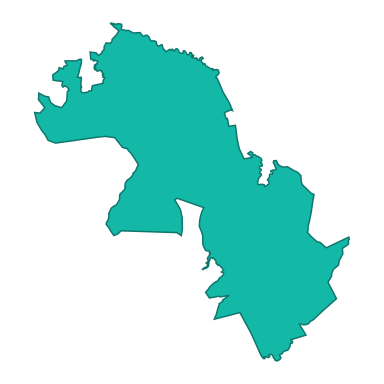 Auru pag., Dobele, Latvia
{"feature_id": "27541924B19502695969152", "entity_name": "Auru pag.", "entity_type": "district", "adm_level": 2, "iso_a3": "LVA", "parent_name": "Latvia", "parent_adm1": "Dobele", "projection": "albers", "projection_center": [23.233, 56.585], "detail": "fine", "context": "isolated", "style": "filled", "palette": "teal", "viewbox_px": 384, "rotation_deg": 0, "n_neighbors": 0, "source": "geoboundaries", "source_scale": "gbopen_adm2", "svg_char_len": 5820}
<svg xmlns="http://www.w3.org/2000/svg" viewBox="0 0 384 384"><path d="M263.3,358.5L264.8,358.6L264.9,358.0L263.8,357.2L263.8,356.8L265.3,356.6L267.7,357.5L268.6,357.4L269.8,356.4L268.8,355.4L268.8,354.8L271.2,354.3L272.5,355.2L273.7,358.1L274.6,358.9L274.9,360.0L275.4,360.4L277.2,361.0L279.8,359.5L280.9,357.9L280.6,356.8L279.5,355.8L279.5,354.9L282.2,353.6L283.2,352.0L284.5,351.1L288.0,350.0L290.0,346.5L290.2,345.8L290.1,343.6L292.4,343.0L292.5,341.3L291.3,340.9L290.9,339.7L306.0,335.1L299.4,324.2L300.8,323.7L302.7,324.7L305.5,324.7L308.5,323.7L310.5,321.2L313.1,319.9L323.1,310.5L336.5,298.7L328.0,282.2L331.5,276.3L331.7,273.2L333.4,269.4L338.5,265.1L339.2,260.8L342.8,253.8L342.4,248.4L348.1,244.5L348.6,243.6L348.4,240.2L349.3,239.3L348.8,237.1L326.2,247.8L320.2,242.5L316.6,241.4L310.6,236.0L307.2,232.0L308.1,230.5L308.0,226.7L309.1,222.5L311.2,212.4L312.9,200.6L314.0,194.6L311.0,193.1L302.7,185.1L301.8,183.5L301.4,182.0L301.0,178.8L301.0,175.8L297.8,172.4L293.4,170.3L287.4,166.7L284.3,167.1L281.6,166.7L278.4,164.8L276.2,160.5L273.7,160.8L273.3,162.5L274.2,164.1L276.2,169.1L275.2,170.0L273.3,169.9L270.8,170.9L270.8,171.7L272.4,172.1L273.0,173.2L272.0,174.4L270.8,173.9L269.7,174.4L269.5,174.8L269.6,176.7L267.4,180.0L269.0,181.3L269.0,183.9L264.9,186.7L264.3,186.3L264.3,184.9L263.7,184.5L260.7,184.3L258.2,184.8L257.6,183.0L258.2,179.7L258.9,178.1L261.4,175.0L261.3,174.0L259.4,173.1L259.5,172.5L260.8,171.0L261.3,169.4L259.7,168.6L259.4,168.0L259.8,166.4L261.8,166.1L262.4,165.3L261.8,163.4L260.5,162.4L261.8,160.8L261.7,159.8L261.1,158.4L258.2,156.6L254.8,155.1L254.7,154.6L253.1,154.9L252.7,154.2L252.7,152.7L250.5,151.5L247.8,153.5L251.8,156.6L252.1,157.4L244.1,158.9L240.1,150.6L239.0,147.6L237.2,139.2L235.4,125.3L228.8,126.3L227.6,119.5L227.2,118.4L226.3,118.8L226.0,118.4L224.4,112.6L230.8,110.0L232.5,110.6L229.4,103.0L223.1,92.1L217.3,78.6L215.7,76.8L218.2,74.4L219.1,72.9L218.3,70.2L217.6,69.6L215.4,69.6L212.9,70.4L212.7,70.0L213.1,69.4L213.0,68.8L210.0,68.5L207.5,66.6L205.8,66.0L204.7,63.6L203.2,64.3L202.8,62.9L201.7,62.2L201.2,61.1L201.8,59.2L203.2,58.4L201.9,57.0L199.5,58.4L199.6,59.8L199.4,60.1L197.8,60.2L196.9,59.3L197.2,58.7L196.8,58.2L195.8,57.9L194.9,58.4L192.5,57.8L191.6,57.1L191.3,56.6L191.5,56.0L193.1,56.5L193.7,56.0L193.7,55.5L191.5,54.2L191.6,53.1L191.3,52.7L189.8,52.5L189.0,54.6L188.1,54.9L187.2,54.4L185.1,51.3L184.1,50.6L183.2,51.1L183.0,53.2L180.8,53.3L179.4,52.5L177.8,49.2L176.4,48.7L175.3,49.4L174.6,50.9L173.8,50.9L172.3,49.1L171.2,50.2L169.7,49.3L166.0,51.7L163.0,48.3L162.2,44.9L160.8,44.9L158.8,46.3L158.3,46.1L157.4,45.3L156.4,43.7L156.3,41.8L154.1,40.8L151.2,40.9L149.9,39.5L149.3,37.4L147.2,35.3L145.9,35.1L143.6,36.4L142.5,35.6L140.1,32.6L133.2,33.0L128.5,30.4L125.4,30.5L123.7,29.7L122.3,30.1L121.5,29.6L121.1,28.9L121.9,26.4L121.3,25.7L121.7,24.7L121.6,24.3L118.1,23.6L116.3,24.4L115.4,24.4L115.0,23.8L113.8,24.3L113.0,23.4L112.4,23.8L111.1,23.0L110.6,23.7L111.9,24.6L114.0,26.9L118.9,30.6L116.7,34.5L112.1,39.4L112.2,40.5L110.7,43.2L106.0,42.9L105.0,45.2L104.2,46.3L104.1,49.5L102.0,51.9L101.5,53.4L98.3,55.5L96.3,53.0L90.1,52.0L90.7,58.6L91.0,59.5L92.1,59.2L93.6,59.9L93.7,60.3L93.3,60.6L93.5,61.0L94.1,60.9L94.5,60.2L96.3,60.9L97.1,60.6L97.5,61.1L97.7,62.4L96.9,63.2L96.8,64.1L96.4,63.9L95.0,64.7L95.1,65.0L95.6,64.9L95.4,65.2L95.6,65.5L95.4,66.0L94.6,65.9L95.0,66.6L94.4,67.2L95.0,67.5L94.3,67.8L94.6,68.1L94.5,68.6L95.4,68.8L95.0,69.4L95.5,69.4L95.5,70.0L96.5,70.0L96.9,71.0L98.2,71.1L99.2,70.3L101.2,70.3L101.3,71.4L101.8,71.3L101.7,71.8L103.2,73.4L102.6,74.1L103.3,74.6L102.6,75.3L103.6,76.2L102.9,77.2L104.4,77.4L104.7,78.4L104.0,79.0L104.0,79.6L103.4,79.8L103.1,80.5L103.4,81.5L102.7,82.6L103.0,83.0L102.5,83.5L92.5,85.6L91.9,87.7L91.7,90.6L88.7,91.1L88.2,92.0L83.2,92.9L81.2,92.0L80.6,87.9L81.5,87.7L80.8,83.9L81.4,79.4L81.2,77.3L80.2,77.3L79.7,77.8L78.3,77.0L77.4,77.1L79.0,72.7L79.8,68.7L81.4,63.0L81.5,59.5L80.6,59.1L78.4,59.7L76.7,60.9L65.1,60.9L65.2,62.0L66.7,63.8L67.0,65.3L63.9,66.4L63.3,68.9L59.2,67.6L58.2,71.0L52.8,74.9L53.1,80.2L62.8,81.6L61.8,85.5L62.9,87.1L65.1,85.8L67.2,87.2L69.2,89.7L67.4,91.5L66.7,100.8L61.7,107.7L55.0,105.7L50.6,102.5L48.6,96.9L45.1,96.3L38.8,93.1L38.5,99.7L44.8,107.6L40.0,113.1L34.7,112.5L37.0,122.4L41.3,129.8L45.2,135.0L48.2,140.4L55.6,143.1L99.8,136.9L105.4,136.4L114.8,137.7L122.4,147.3L125.0,148.3L127.2,148.4L128.2,150.4L131.0,153.3L133.5,156.8L138.3,164.5L135.5,170.9L134.7,171.9L132.9,173.4L133.4,174.2L130.4,177.9L126.9,180.5L125.5,183.0L125.1,184.2L125.0,186.9L125.3,186.9L124.9,188.7L124.1,190.0L120.0,194.1L119.7,195.2L119.5,199.6L117.1,203.8L116.2,204.9L113.5,206.4L111.2,208.2L108.7,213.7L108.9,216.1L108.6,218.3L107.8,220.6L106.3,222.6L106.2,224.5L108.6,227.3L111.2,231.8L113.9,235.6L117.5,234.1L121.2,230.8L176.9,232.6L181.3,235.6L182.4,228.6L182.2,217.9L180.6,210.2L179.3,207.5L174.6,199.7L177.2,198.3L203.7,207.6L201.7,212.2L200.3,217.0L199.6,221.1L199.3,226.4L201.7,232.2L202.6,235.3L202.8,237.2L202.8,243.6L203.2,245.5L205.1,249.6L206.1,250.7L209.5,251.1L210.0,253.1L210.4,253.6L210.2,253.9L209.5,253.3L209.6,255.2L208.3,256.6L207.9,257.9L207.3,258.4L208.4,260.8L206.8,262.7L206.2,263.0L206.3,263.4L207.8,263.8L207.4,264.7L207.1,266.8L204.2,267.6L203.7,268.6L202.4,269.2L202.9,269.6L204.7,268.3L205.7,268.5L207.8,267.1L208.7,265.3L208.5,264.7L208.9,263.4L208.6,261.9L209.4,261.2L209.8,259.9L209.7,259.2L211.5,257.5L212.5,258.3L213.3,257.9L216.4,261.6L215.9,262.8L218.0,265.4L219.1,264.8L223.7,270.0L221.4,272.0L223.7,273.2L223.5,274.4L222.9,275.4L218.9,278.6L218.7,279.7L216.0,282.1L215.7,281.8L212.9,283.8L209.5,287.2L208.0,289.6L205.6,292.3L209.4,298.0L218.4,296.3L220.5,296.9L229.1,295.3L222.6,300.1L223.1,300.9L219.1,303.8L219.4,304.1L218.0,307.9L216.3,314.4L214.3,319.2L239.9,312.6L250.9,332.9L261.1,355.5L263.3,358.5Z" fill="#14b8a6" stroke="#0f766e" stroke-width="1.5"/></svg>